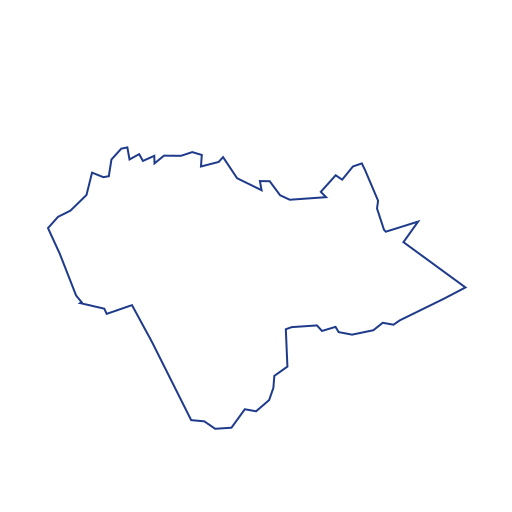 Chalan Pago-Ordot, Guam (Mercator projection), rotated 158°
{"feature_id": "77769853B20896286289421", "entity_name": "Chalan Pago-Ordot", "entity_type": "district", "adm_level": 2, "iso_a3": "GUM", "parent_name": "Guam", "parent_adm1": "", "projection": "mercator", "projection_center": [144.769, 13.441], "detail": "fine", "context": "isolated", "style": "outline", "palette": "blue", "viewbox_px": 512, "rotation_deg": 158, "n_neighbors": 0, "source": "geoboundaries", "source_scale": "gbopen_adm2", "svg_char_len": 1075}
<svg xmlns="http://www.w3.org/2000/svg" viewBox="0 0 512 512"><g transform="rotate(158 256 256)"><path d="M297.8,117.5L289.3,127.2L283.9,138.0L268.3,141.7L255.8,176.9L249.6,176.7L225.5,168.8L222.9,161.8L208.8,160.5L207.9,154.5L196.4,147.1L175.0,143.2L163.5,146.6L154.3,140.8L146.6,142.5L97.8,146.0L73.6,148.4L114.1,213.6L92.8,227.2L126.5,229.9L127.5,232.4L126.0,254.7L122.1,261.5L122.7,294.9L123.2,302.2L132.6,302.7L147.5,294.5L151.9,301.0L171.9,291.2L169.0,284.3L203.6,295.5L210.9,303.3L215.3,320.2L224.3,324.0L226.2,314.9L244.4,335.2L249.5,360.0L255.4,357.2L273.5,359.6L268.4,370.0L276.2,376.2L288.1,377.0L303.7,383.5L315.4,379.9L312.8,387.0L325.2,386.5L326.2,394.2L337.1,392.9L334.6,404.9L340.7,406.0L353.9,399.6L362.6,385.1L368.0,386.3L376.8,394.7L390.3,376.1L394.6,374.3L411.0,367.6L413.1,367.4L424.8,366.5L438.4,359.8L437.1,331.5L437.6,286.7L435.0,278.5L436.7,278.2L416.4,264.0L416.1,258.3L389.4,256.9L384.9,217.5L384.4,212.1L377.6,128.1L365.9,122.1L358.6,111.1L343.1,106.0L323.8,118.1L314.1,112.0L297.8,117.5Z" fill="none" stroke="#1e3a8a" stroke-width="2"/></g></svg>